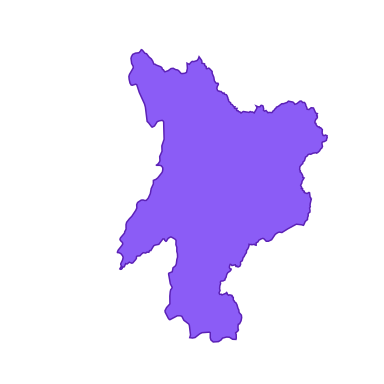 outline of Nhu Xuan, Thanh Hóa, Vietnam, rotated 27°
{"feature_id": "81297802B29351066345319", "entity_name": "Nhu Xuan", "entity_type": "district", "adm_level": 2, "iso_a3": "VNM", "parent_name": "Vietnam", "parent_adm1": "Thanh Hóa", "projection": "equal_earth", "projection_center": [105.405, 19.598], "detail": "fine", "context": "isolated", "style": "filled", "palette": "violet", "viewbox_px": 384, "rotation_deg": 27, "n_neighbors": 0, "source": "geoboundaries", "source_scale": "gbopen_adm2", "svg_char_len": 5968}
<svg xmlns="http://www.w3.org/2000/svg" viewBox="0 0 384 384"><g transform="rotate(27 192 192)"><path d="M298.1,303.4L297.8,302.1L296.0,298.8L294.8,297.8L295.9,295.3L296.0,293.8L295.5,293.5L294.3,291.5L293.4,289.3L293.3,288.7L294.2,287.9L294.2,284.5L293.3,281.4L291.9,279.3L288.7,278.0L287.2,275.8L286.0,275.0L283.2,272.0L281.3,270.7L279.8,270.6L278.9,269.8L277.8,269.4L276.6,267.1L275.2,267.0L275.1,266.4L274.5,266.0L272.3,266.5L271.4,267.5L270.6,267.1L269.9,267.2L269.5,266.4L268.5,265.8L268.0,267.1L265.4,270.1L264.4,269.8L263.2,270.6L262.4,270.1L261.9,269.6L261.7,267.0L260.6,265.8L259.4,263.0L259.1,260.7L258.1,259.4L258.3,258.1L259.9,257.3L261.3,255.4L260.9,254.3L261.1,252.5L260.4,249.8L260.5,247.6L261.8,245.3L262.1,243.8L261.9,242.9L260.6,243.1L259.5,242.2L259.0,240.8L258.9,239.1L259.6,238.9L261.0,239.4L263.6,237.2L264.8,238.3L265.5,237.6L266.0,238.1L267.2,237.8L268.3,236.4L268.2,234.5L267.1,232.6L267.1,231.8L268.0,230.5L267.3,227.0L267.7,226.2L267.7,223.0L268.0,221.9L267.8,220.7L267.1,219.4L267.5,217.7L267.5,215.9L267.2,214.2L266.6,212.7L267.5,212.6L268.5,211.8L269.2,211.9L271.3,210.3L272.3,210.6L273.3,210.3L272.3,208.2L273.4,206.5L273.5,204.5L275.1,202.2L276.3,201.1L277.5,201.1L280.5,202.2L282.4,201.2L284.6,198.4L285.4,191.9L286.9,189.2L288.0,188.1L290.5,187.3L294.1,181.3L299.6,173.3L304.4,171.5L306.4,171.1L306.5,170.5L306.3,166.8L307.4,164.1L306.6,162.4L306.4,160.5L305.4,158.7L305.7,157.3L306.2,156.4L305.6,155.0L304.0,152.8L304.1,151.4L303.4,150.7L302.6,148.7L301.5,144.1L301.0,144.2L300.4,143.2L299.4,142.8L297.1,139.3L296.4,139.3L295.2,141.1L292.6,141.5L292.1,141.4L291.8,140.4L289.7,140.2L289.1,138.9L287.9,139.2L287.9,138.3L285.7,136.7L285.8,134.1L285.2,132.6L285.5,128.6L284.1,128.8L283.8,127.8L282.3,126.4L279.9,125.0L279.2,125.0L278.9,123.9L277.8,123.3L276.6,120.5L277.2,117.6L277.8,116.5L277.3,114.9L278.0,113.0L277.3,109.4L278.4,107.3L278.4,105.9L279.7,104.7L280.7,104.5L282.2,102.5L284.7,100.7L285.4,100.8L286.2,99.6L287.0,97.4L287.1,95.3L287.7,94.1L287.6,92.2L285.9,90.0L285.4,88.7L286.1,87.6L287.0,87.0L288.3,85.0L287.8,83.4L287.8,82.2L287.2,81.5L286.8,80.5L284.9,80.7L284.4,81.6L283.2,82.1L281.2,80.4L279.8,77.2L277.4,76.3L276.4,76.8L275.7,76.2L275.2,76.6L273.9,76.6L271.9,75.6L271.3,74.6L270.1,74.6L269.6,73.5L269.3,70.9L269.8,70.2L269.9,68.8L269.1,67.3L268.6,67.5L268.1,66.9L268.1,65.2L266.8,65.5L266.0,65.2L262.1,62.0L259.9,62.8L258.8,65.4L257.0,66.0L255.9,64.6L253.9,63.1L253.5,62.3L251.9,61.3L251.3,61.2L249.9,62.1L248.8,61.5L247.9,61.4L246.9,62.1L245.4,65.5L243.8,67.2L242.0,66.2L240.9,66.1L236.6,67.3L236.1,69.0L233.4,71.8L231.9,72.6L229.9,76.7L228.7,78.0L228.7,79.2L228.2,80.3L228.0,82.1L227.4,83.0L227.4,84.1L227.1,85.0L224.5,86.1L223.7,86.9L221.0,85.8L219.9,87.0L218.5,86.7L218.2,85.5L216.2,83.1L214.8,83.1L214.1,83.6L213.8,85.3L212.1,86.1L210.1,86.2L211.2,86.9L211.8,88.0L211.5,93.3L209.6,93.2L208.6,93.8L207.3,93.9L206.7,95.2L201.1,97.0L199.8,99.4L198.4,98.9L196.8,99.2L196.3,98.7L194.8,99.1L194.3,98.4L194.2,97.1L192.3,98.1L191.8,98.0L191.6,96.6L190.7,97.1L188.1,95.9L186.5,96.0L185.8,94.9L184.1,94.7L183.0,93.9L182.5,93.0L181.7,92.7L181.4,92.0L179.4,90.2L178.4,89.7L176.6,90.1L175.5,89.2L174.9,90.1L172.2,89.2L171.3,89.8L170.4,89.7L169.8,90.1L168.5,89.8L167.1,88.4L166.6,86.4L166.7,84.3L166.3,83.6L165.6,83.3L164.9,83.9L163.8,84.0L161.5,82.8L159.3,79.8L156.1,77.1L155.2,75.4L151.3,74.0L150.5,74.1L149.4,75.4L148.7,75.5L147.6,73.7L146.0,73.6L145.0,72.1L142.3,72.7L141.5,71.1L140.7,70.3L136.9,68.3L137.2,70.7L136.8,72.6L134.4,75.0L132.9,75.5L132.2,77.0L131.6,79.5L129.1,79.5L131.8,84.0L132.8,88.0L131.5,89.6L129.2,91.1L128.3,91.3L125.1,90.0L123.8,89.8L121.8,90.4L119.1,90.3L117.3,91.5L115.7,94.7L113.3,97.2L112.8,97.2L111.1,96.1L110.0,96.2L108.7,94.9L107.3,94.6L102.5,95.1L101.3,94.9L99.8,95.3L97.7,93.3L95.4,91.9L92.3,91.2L88.7,89.4L87.1,89.8L83.3,88.1L82.2,88.2L82.1,89.9L81.5,92.0L78.5,94.0L76.7,96.3L76.6,98.9L77.0,100.7L79.9,104.9L82.4,106.6L83.3,108.1L82.9,115.6L83.3,117.7L84.8,120.1L87.3,123.1L89.2,124.3L90.3,124.0L92.9,121.5L94.1,121.5L99.9,127.3L109.6,135.0L111.9,137.5L120.0,149.5L122.0,150.1L126.5,152.3L127.2,152.2L128.6,150.2L129.1,145.1L130.6,143.4L132.9,141.7L134.0,141.8L134.9,142.4L143.2,157.7L144.2,164.6L146.8,169.3L147.1,175.1L149.1,178.4L149.4,179.8L149.0,182.4L148.1,184.2L148.4,184.3L151.1,182.9L152.8,182.6L154.7,183.5L155.6,184.8L156.4,187.2L156.4,188.4L155.1,194.9L154.2,197.0L152.3,199.2L153.9,202.4L154.1,207.5L155.6,212.4L155.8,217.3L155.1,220.2L153.8,221.0L152.0,221.3L150.4,222.3L148.5,225.6L148.3,226.7L148.5,228.5L150.1,231.3L150.2,234.0L149.4,241.0L148.4,244.1L147.5,248.6L148.0,251.0L150.1,255.0L150.1,258.0L150.5,259.3L149.1,265.3L149.2,266.5L149.5,267.2L150.7,267.9L153.0,268.6L153.9,269.8L153.8,271.5L152.6,277.3L152.8,279.5L153.1,279.8L154.7,279.2L156.6,279.2L159.0,280.3L159.8,281.0L160.4,281.7L161.0,284.2L161.1,288.3L161.5,289.1L162.5,289.8L162.7,290.4L162.6,293.3L163.3,293.4L164.1,292.9L164.5,291.7L164.0,290.4L165.2,289.9L165.6,289.3L165.4,285.9L166.8,285.7L168.0,283.0L170.6,282.8L171.4,282.1L172.5,277.8L172.6,276.4L171.9,274.9L172.2,274.0L174.6,272.5L175.2,270.2L176.1,268.2L178.5,267.4L179.1,266.1L180.9,265.3L180.8,263.5L181.9,262.9L182.3,257.3L183.3,256.0L186.2,253.7L187.4,247.0L188.6,246.5L189.6,247.4L191.1,247.8L191.5,247.4L191.8,244.1L193.3,241.8L194.1,241.5L198.2,241.7L199.7,242.3L201.6,246.3L203.6,248.2L205.4,251.8L207.1,253.7L208.7,256.6L209.2,259.2L210.6,263.0L210.8,264.6L210.6,265.8L209.5,268.1L210.6,272.0L208.2,274.9L208.3,275.6L214.4,283.7L217.3,285.7L217.7,286.3L217.7,287.3L217.4,288.8L217.9,290.8L219.5,294.8L223.1,301.7L221.8,306.5L221.8,310.0L222.7,311.3L228.1,315.2L229.6,315.9L230.3,315.8L235.1,309.0L237.8,307.6L239.4,307.4L243.0,310.0L249.1,311.1L250.3,312.2L255.6,320.1L256.1,322.8L258.7,321.9L260.8,320.3L263.2,315.0L264.8,312.8L271.1,309.0L272.1,309.0L274.5,313.7L276.1,315.3L279.0,316.0L283.5,313.3L285.1,310.6L285.5,308.4L288.7,305.5L291.3,304.4L295.0,304.8L298.1,303.4Z" fill="#8b5cf6" stroke="#5b21b6" stroke-width="1.5"/></g></svg>